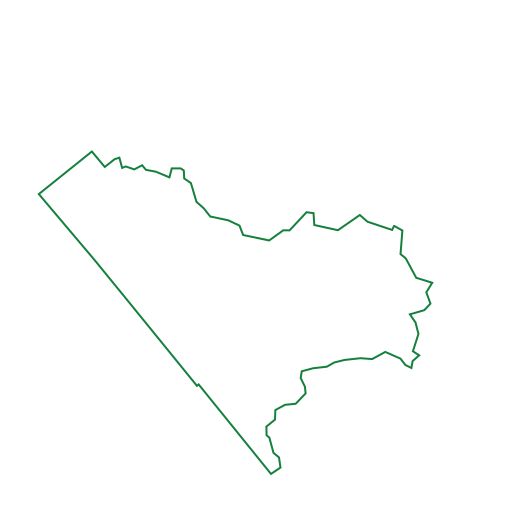 outline of Wasatch, Utah, United States of America, rotated 141°
{"feature_id": "52423323B18830256049393", "entity_name": "Wasatch", "entity_type": "district", "adm_level": 2, "iso_a3": "USA", "parent_name": "United States of America", "parent_adm1": "Utah", "projection": "equal_earth", "projection_center": [-111.263, 40.295], "detail": "fine", "context": "isolated", "style": "outline", "palette": "green", "viewbox_px": 512, "rotation_deg": 141, "n_neighbors": 0, "source": "geoboundaries", "source_scale": "gbopen_adm2", "svg_char_len": 1103}
<svg xmlns="http://www.w3.org/2000/svg" viewBox="0 0 512 512"><g transform="rotate(141 256 256)"><path d="M150.4,109.2L146.5,120.6L135.9,124.3L145.2,138.2L141.1,160.0L142.5,166.5L126.2,183.7L129.5,192.1L129.9,192.4L133.8,190.6L147.8,212.5L149.5,222.5L176.1,224.5L191.2,243.4L184.3,253.1L189.2,258.2L213.8,254.8L218.6,258.8L236.0,259.8L252.8,280.4L249.7,290.0L255.1,301.2L266.7,315.5L266.6,326.1L268.2,335.5L260.7,353.6L263.0,361.4L258.3,367.9L259.4,371.5L266.3,377.1L273.8,371.6L280.8,384.6L287.3,392.2L287.4,398.2L296.1,399.9L300.9,407.6L304.6,408.7L300.3,418.4L304.9,420.2L317.5,420.4L317.8,440.5L385.8,440.8L384.0,355.2L383.8,300.9L383.6,192.3L381.4,192.3L381.5,77.2L370.1,76.2L364.9,85.0L366.3,92.0L359.9,106.5L360.6,110.0L355.3,116.9L344.2,116.9L337.9,124.1L327.1,122.1L318.2,116.2L303.9,118.0L300.2,123.7L298.1,133.0L293.0,137.6L282.4,132.9L270.6,125.4L262.2,124.0L252.6,119.5L239.1,110.8L230.6,102.8L215.9,100.1L208.3,85.3L208.5,77.3L205.7,71.2L200.4,75.8L191.7,76.1L194.0,83.2L178.8,93.2L173.9,103.9L173.1,113.8L159.3,108.0L150.4,109.2Z" fill="none" stroke="#15803d" stroke-width="2"/></g></svg>